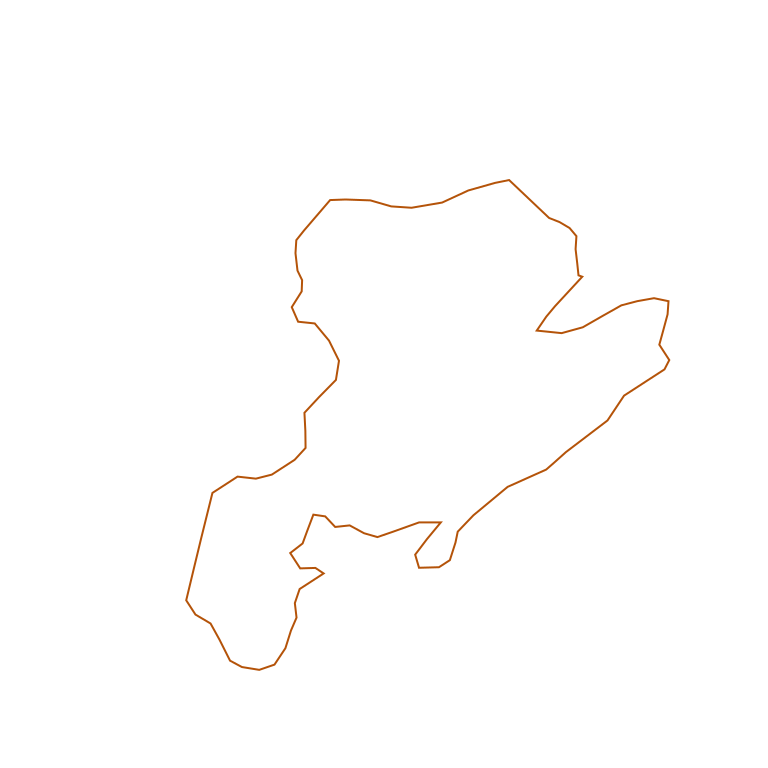 Seosan-si, South Chungcheong, South Korea, rotated 237°
{"feature_id": "91817680B60871253292980", "entity_name": "Seosan-si", "entity_type": "district", "adm_level": 2, "iso_a3": "KOR", "parent_name": "South Korea", "parent_adm1": "South Chungcheong", "projection": "natural_earth1", "projection_center": [126.456, 36.801], "detail": "fine", "context": "isolated", "style": "outline", "palette": "amber", "viewbox_px": 768, "rotation_deg": 237, "n_neighbors": 0, "source": "geoboundaries", "source_scale": "gbopen_adm2", "svg_char_len": 1378}
<svg xmlns="http://www.w3.org/2000/svg" viewBox="0 0 768 768"><g transform="rotate(237 384 384)"><path d="M567.6,439.0L556.3,400.5L552.4,388.8L541.9,381.0L526.2,373.2L515.7,371.9L506.5,365.4L498.7,348.5L483.0,345.9L472.5,358.9L450.3,361.5L428.0,358.9L413.6,345.9L408.4,322.4L403.2,301.6L387.5,292.5L373.1,283.4L369.1,267.8L369.1,240.6L374.4,225.0L386.1,210.7L386.1,184.7L386.1,180.8L353.4,145.8L332.5,123.7L310.3,100.3L293.3,100.3L277.6,108.1L259.3,106.8L235.8,104.2L224.0,110.7L212.2,123.7L208.3,139.3L216.1,157.4L227.9,171.7L235.7,183.4L248.8,189.9L258.0,201.6L258.0,230.2L267.1,226.3L275.0,213.3L293.3,213.3L294.6,228.9L298.5,234.1L302.4,239.3L312.9,253.6L305.0,262.6L290.7,265.2L284.1,278.2L269.7,286.0L259.2,295.1L255.3,310.7L248.8,338.1L237.0,356.3L230.5,335.5L223.9,317.2L210.8,313.3L200.4,330.3L200.4,343.3L212.1,357.6L220.0,365.4L225.2,387.5L230.4,431.7L223.9,473.4L225.3,483.3L227.8,499.5L231.7,551.6L243.5,579.0L243.5,605.0L243.5,627.2L248.7,636.3L267.0,636.3L277.5,648.1L288.0,659.8L298.5,667.7L308.9,657.2L315.5,641.6L320.7,625.9L322.0,605.0L323.3,581.6L329.9,560.7L345.6,541.2L352.1,556.8L356.1,569.8L366.0,608.7L369.2,606.3L379.6,611.6L392.7,618.1L403.2,625.9L413.7,624.6L424.2,619.4L433.3,612.9L486.9,600.0L492.2,586.6L500.4,560.1L504.5,531.6L516.8,503.1L529.0,486.8L545.4,472.6L559.7,452.2L567.6,439.0Z" fill="none" stroke="#b45309" stroke-width="2"/></g></svg>